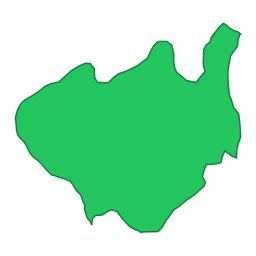 Jalilabad District, Cəlilabad, Azerbaijan
{"feature_id": "54616110B78302808254353", "entity_name": "Jalilabad District", "entity_type": "district", "adm_level": 2, "iso_a3": "AZE", "parent_name": "Azerbaijan", "parent_adm1": "Cəlilabad", "projection": "equal_earth", "projection_center": [48.474, 39.245], "detail": "fine", "context": "isolated", "style": "filled", "palette": "green", "viewbox_px": 256, "rotation_deg": 0, "n_neighbors": 0, "source": "geoboundaries", "source_scale": "gbopen_adm2", "svg_char_len": 1678}
<svg xmlns="http://www.w3.org/2000/svg" viewBox="0 0 256 256"><path d="M240.6,34.1L237.7,31.7L233.0,30.1L229.4,28.0L226.4,25.1L223.3,23.4L219.4,26.9L214.9,32.8L211.4,37.1L210.1,41.9L205.9,45.4L203.7,49.9L203.5,55.8L203.3,64.0L205.0,71.6L200.4,76.9L196.3,82.5L186.6,80.6L181.3,76.2L176.7,72.4L175.0,68.8L173.7,61.7L173.7,53.9L171.8,45.2L166.8,41.4L160.1,41.4L157.3,42.1L153.6,45.9L149.8,52.8L147.8,57.9L138.5,65.0L132.9,68.0L125.2,71.6L118.7,73.7L114.2,76.9L108.1,82.9L97.3,82.3L94.7,77.7L94.3,68.8L91.3,64.8L90.6,63.8L85.7,63.2L78.8,66.1L71.4,70.7L65.6,75.8L58.7,82.1L51.2,83.6L45.4,86.1L38.5,91.6L30.5,96.8L24.7,100.0L21.2,103.4L20.3,104.6L17.3,110.7L15.4,117.6L16.1,123.7L16.5,129.8L17.7,134.8L20.1,138.0L24.3,142.1L27.3,147.5L29.5,152.3L32.7,156.4L38.3,160.9L42.6,165.1L45.3,168.7L49.3,172.6L51.7,175.0L54.3,175.4L58.8,177.2L62.3,178.1L70.1,181.2L72.6,184.3L74.7,187.9L76.8,191.0L80.2,194.3L81.5,196.9L82.8,201.3L84.6,204.4L84.7,209.8L87.1,217.7L90.1,221.3L91.8,225.1L91.8,222.5L92.8,218.0L95.5,215.6L102.6,214.9L107.7,211.4L111.2,209.8L116.9,211.3L122.0,218.2L126.1,222.7L129.5,226.3L134.7,229.4L138.8,230.9L141.0,232.6L141.5,232.0L150.0,231.7L158.1,231.6L162.4,227.0L165.4,221.3L170.0,215.3L173.6,210.0L180.2,205.4L186.0,200.5L194.4,194.8L198.4,191.1L204.1,186.1L205.5,182.3L202.4,176.7L204.2,170.0L206.4,164.4L211.8,164.4L219.4,163.3L221.3,162.1L221.8,157.9L224.8,150.9L232.2,156.3L236.6,157.8L236.5,155.9L237.0,148.6L238.2,143.8L240.6,137.0L240.3,129.9L239.6,121.2L238.6,113.6L233.5,107.5L231.8,101.1L229.2,94.3L228.0,80.3L227.8,71.7L229.2,63.0L230.6,55.8L233.1,51.9L237.4,46.6L238.1,39.7L239.9,34.6L240.6,34.1Z" fill="#22c55e" stroke="#15803d" stroke-width="1.5"/></svg>